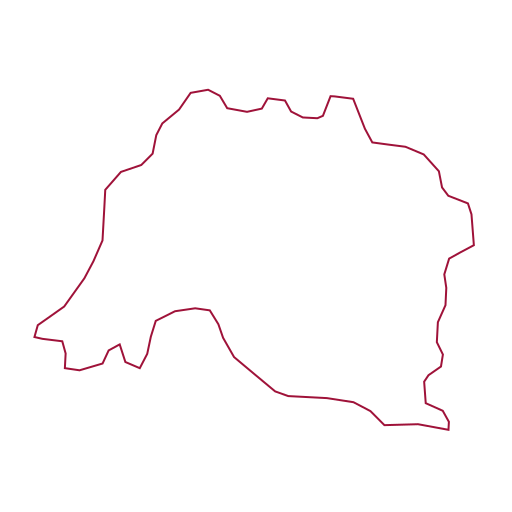 Boeun-gun, North Chungcheong, South Korea (orthographic projection), rotated 3°
{"feature_id": "91817680B36624004409046", "entity_name": "Boeun-gun", "entity_type": "district", "adm_level": 2, "iso_a3": "KOR", "parent_name": "South Korea", "parent_adm1": "North Chungcheong", "projection": "orthographic", "projection_center": [127.726, 36.48], "detail": "fine", "context": "isolated", "style": "outline", "palette": "rose", "viewbox_px": 512, "rotation_deg": 3, "n_neighbors": 0, "source": "geoboundaries", "source_scale": "gbopen_adm2", "svg_char_len": 1152}
<svg xmlns="http://www.w3.org/2000/svg" viewBox="0 0 512 512"><g transform="rotate(3 256 256)"><path d="M322.1,92.5L315.5,112.5L310.1,115.2L295.5,115.2L283.5,109.9L276.8,99.2L259.5,97.9L254.1,108.5L239.5,112.5L219.5,109.9L211.5,97.9L199.5,92.5L182.2,96.5L171.5,113.8L155.5,128.5L150.1,140.5L147.4,159.2L136.7,171.1L116.7,179.1L102.0,197.8L102.0,215.1L101.9,248.5L93.9,269.8L85.8,287.2L67.1,316.5L41.7,336.5L39.0,348.5L47.0,349.9L67.0,351.3L71.0,363.3L71.0,378.0L85.0,379.3L85.7,379.4L108.4,371.4L113.8,358.0L124.5,351.4L131.1,368.7L145.8,374.1L152.5,359.4L155.2,342.1L159.3,326.0L178.0,315.4L198.0,311.4L212.7,312.7L222.0,326.1L227.4,339.4L239.4,358.1L260.8,374.2L282.2,390.2L295.5,394.2L334.3,394.2L361.0,396.9L378.4,404.9L393.1,418.2L426.6,415.5L457.3,419.5L457.3,411.5L450.6,400.8L433.2,394.1L430.5,372.7L434.5,366.0L446.5,356.7L447.8,344.6L441.1,332.6L441.1,312.6L447.8,295.2L447.7,277.9L445.0,264.5L449.0,248.5L459.7,241.8L473.0,233.8L469.0,203.1L464.9,192.4L444.9,185.8L438.2,177.8L434.2,161.8L418.2,145.8L399.5,139.1L382.2,137.8L366.2,136.5L358.1,123.2L344.8,93.9L326.1,92.5L322.1,92.5Z" fill="none" stroke="#9f1239" stroke-width="2"/></g></svg>